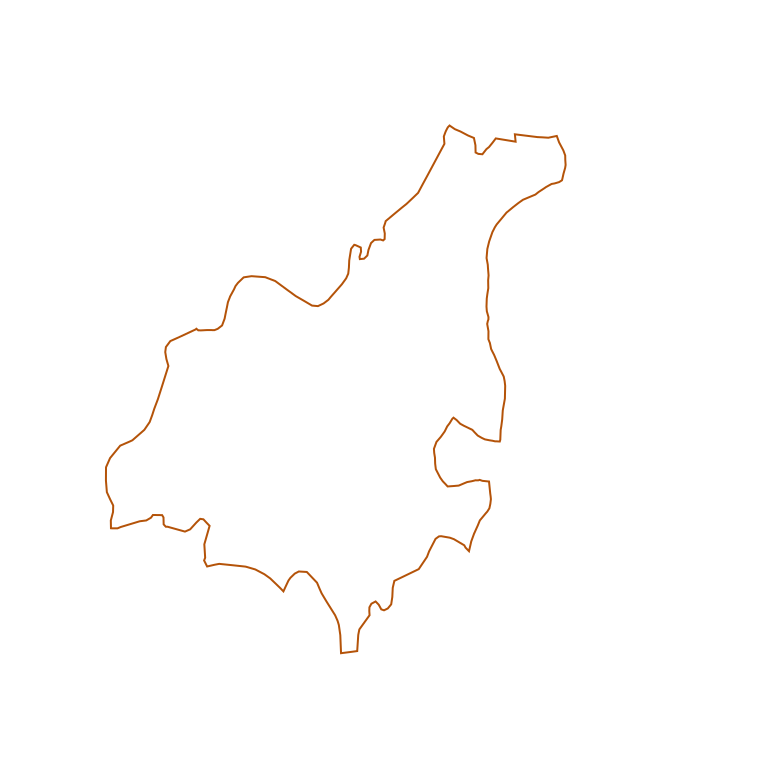 Disuq, Kafr ash Shaykh, Egypt (Robinson projection), rotated 226°
{"feature_id": "37247803B5020556280365", "entity_name": "Disuq", "entity_type": "district", "adm_level": 2, "iso_a3": "EGY", "parent_name": "Egypt", "parent_adm1": "Kafr ash Shaykh", "projection": "robinson", "projection_center": [30.711, 31.149], "detail": "fine", "context": "isolated", "style": "outline", "palette": "amber", "viewbox_px": 768, "rotation_deg": 226, "n_neighbors": 0, "source": "geoboundaries", "source_scale": "gbopen_adm2", "svg_char_len": 4121}
<svg xmlns="http://www.w3.org/2000/svg" viewBox="0 0 768 768"><g transform="rotate(226 384 384)"><path d="M524.4,610.7L524.3,608.2L523.7,606.3L523.0,604.3L522.4,602.9L520.5,599.0L514.8,594.3L503.8,560.1L500.9,550.9L497.8,541.3L497.8,534.7L497.9,525.4L498.5,518.8L499.3,508.3L500.0,498.4L498.9,496.5L496.8,492.4L491.7,489.1L487.8,485.1L487.9,483.1L490.4,481.8L494.3,477.2L494.4,472.6L491.2,465.9L488.0,461.3L488.0,457.5L488.0,456.7L490.6,453.4L492.5,454.7L495.1,459.4L498.3,462.1L503.4,460.1L504.2,459.7L504.8,459.3L504.3,455.3L504.1,454.2L497.1,444.9L492.0,439.5L488.2,434.9L487.2,432.4L486.3,430.2L485.0,423.0L483.6,406.1L483.2,402.5L483.9,396.5L485.9,390.6L490.4,386.7L499.1,384.3L508.5,381.6L518.8,379.8L533.6,377.3L541.5,373.6L543.3,372.8L553.6,363.6L557.1,358.7L558.2,357.1L558.2,349.2L557.6,345.2L556.3,341.9L553.8,333.9L553.5,333.4L551.3,328.6L548.1,324.0L544.9,319.3L541.7,314.7L538.6,308.2L539.2,302.7L540.5,299.5L545.7,294.2L549.6,289.7L551.6,287.7L554.1,287.4L554.1,286.4L560.7,267.3L563.3,260.1L562.1,252.8L558.9,248.8L553.1,244.8L546.7,241.4L546.4,240.8L536.5,222.6L530.2,210.9L529.3,209.0L525.8,201.6L522.6,195.6L519.4,189.0L517.5,179.7L518.3,163.9L519.3,161.0L522.9,151.4L521.0,135.5L517.2,126.2L516.6,125.6L507.7,116.9L498.7,109.5L491.0,106.8L485.3,105.0L484.6,104.7L480.1,100.1L475.6,92.7L469.9,87.4L469.1,88.1L465.3,92.0L464.0,95.3L454.9,113.0L451.0,118.2L449.7,123.5L450.3,126.8L443.8,133.3L441.2,132.7L436.1,128.0L432.9,127.9L431.6,129.2L416.1,138.3L414.1,143.6L414.7,152.8L414.7,158.1L412.1,160.1L407.7,160.0L403.1,160.0L393.5,143.4L383.3,134.7L382.0,132.0L375.6,130.0L371.7,136.5L369.1,140.5L358.2,149.7L349.0,157.4L347.9,158.1L340.0,162.6L330.3,165.8L323.2,167.1L309.7,167.6L307.9,167.6L304.7,167.6L305.2,168.9L306.5,172.2L309.0,178.8L309.6,182.1L309.6,188.1L308.3,192.5L302.4,197.9L287.6,197.8L281.4,195.4L276.7,193.7L267.7,191.6L251.6,188.2L245.9,186.1L242.0,184.1L233.7,178.1L220.2,166.1L213.8,174.7L210.5,179.2L221.4,191.2L224.6,195.8L227.7,213.0L230.9,215.7L233.5,218.4L234.7,222.3L233.4,226.9L228.9,226.9L223.8,225.5L221.2,226.8L219.9,230.8L220.5,236.1L225.0,242.0L231.3,248.7L234.1,253.0L235.2,254.7L232.3,263.4L226.7,280.4L229.8,294.9L232.3,300.2L236.8,313.5L236.2,317.7L234.8,319.4L227.7,324.6L223.8,326.5L212.2,329.7L209.7,329.0L206.4,329.0L204.7,329.0L208.9,335.5L210.1,337.3L213.9,345.1L214.0,345.3L214.0,345.5L214.9,347.7L215.9,350.2L217.0,353.0L219.3,358.2L219.6,361.1L220.3,367.4L220.4,368.8L220.5,369.8L221.4,373.5L223.9,377.2L226.9,380.9L229.3,382.8L231.5,384.4L240.9,391.8L246.0,387.5L248.6,386.2L249.2,384.9L249.9,384.2L251.2,382.9L253.1,379.6L255.7,375.7L257.0,372.4L259.0,367.2L262.5,362.9L266.1,358.6L269.3,358.7L273.2,358.7L277.7,359.4L286.7,362.1L291.2,365.5L295.6,369.5L299.5,372.2L302.7,374.9L303.5,376.6L305.9,381.5L306.5,388.1L307.7,394.7L309.6,400.0L310.2,404.0L311.5,408.9L311.5,410.6L307.6,411.2L302.5,411.2L298.6,412.4L289.6,415.7L286.4,415.6L281.8,415.6L277.3,416.9L274.1,418.1L270.2,420.8L267.7,422.7L265.7,424.0L264.4,425.3L262.2,427.3L263.1,428.9L269.9,436.0L272.1,439.0L276.4,444.4L282.5,451.1L289.5,460.8L298.5,469.9L302.3,472.8L306.2,475.3L310.9,476.7L314.4,477.7L322.5,481.1L323.3,481.4L328.4,483.4L332.7,484.7L334.8,485.4L340.0,488.7L340.8,489.0L343.7,490.2L349.4,495.8L351.9,497.5L355.6,500.0L355.8,500.4L357.1,502.3L358.0,504.1L359.1,505.1L359.5,505.6L364.9,508.5L368.5,511.5L374.1,517.3L376.8,520.7L380.5,525.6L386.3,531.0L389.5,534.7L393.8,538.2L395.6,539.7L397.7,541.5L403.4,545.3L409.4,552.2L413.5,558.7L418.0,567.6L418.6,569.4L419.7,572.5L420.5,575.8L421.0,580.4L422.2,591.2L421.5,600.1L420.8,606.6L420.0,611.9L418.1,616.8L416.7,620.4L415.1,624.5L414.7,628.7L413.5,635.0L413.1,637.4L411.5,643.5L409.8,646.0L407.6,650.2L406.9,653.5L407.6,654.7L410.7,659.4L413.6,664.4L415.4,666.8L419.3,670.1L422.5,673.1L427.5,675.3L436.2,677.8L442.4,680.6L447.0,673.3L447.1,673.2L451.5,669.2L454.9,666.0L472.7,651.6L466.9,647.0L483.0,635.0L482.4,631.2L482.1,629.2L481.8,626.6L481.5,624.2L481.8,620.8L480.9,614.4L484.0,611.7L486.9,610.7L492.2,615.6L498.5,619.6L504.3,617.1L512.5,614.4L518.1,612.0L524.4,610.7Z" fill="none" stroke="#b45309" stroke-width="2"/></g></svg>